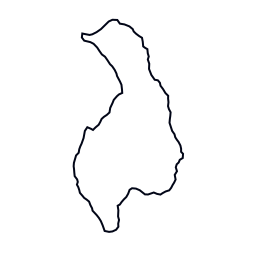 Santa Rita d'Oeste, São Paulo, Brazil (Albers equal-area conic projection), rotated 8°
{"feature_id": "56859067B69160631220065", "entity_name": "Santa Rita d'Oeste", "entity_type": "district", "adm_level": 2, "iso_a3": "BRA", "parent_name": "Brazil", "parent_adm1": "São Paulo", "projection": "albers", "projection_center": [-50.816, -20.093], "detail": "fine", "context": "isolated", "style": "outline", "palette": "ink", "viewbox_px": 256, "rotation_deg": 8, "n_neighbors": 0, "source": "geoboundaries", "source_scale": "gbopen_adm2", "svg_char_len": 1919}
<svg xmlns="http://www.w3.org/2000/svg" viewBox="0 0 256 256"><g transform="rotate(8 128 128)"><path d="M69.6,40.8L69.7,44.8L72.5,47.6L78.8,48.2L82.2,49.4L86.3,52.6L88.9,55.6L91.9,58.8L95.3,60.6L98.2,63.7L101.3,67.3L103.8,69.1L106.8,72.4L109.0,75.7L109.9,78.0L113.6,83.1L115.5,86.1L116.7,90.7L117.4,94.1L114.4,96.0L112.6,98.1L110.0,102.1L109.2,105.4L107.6,110.6L107.5,115.2L105.2,118.0L102.6,120.3L100.6,122.7L99.7,125.8L98.5,128.9L95.7,132.0L93.6,134.8L91.3,133.9L87.6,132.9L85.7,136.9L85.4,144.2L84.2,150.0L83.3,152.9L82.7,155.8L82.6,159.4L80.4,162.4L79.3,170.0L79.5,173.4L80.3,176.3L81.0,179.5L81.9,183.1L84.8,186.0L85.8,188.4L85.3,191.2L87.0,193.5L88.4,196.3L89.4,198.9L92.5,201.6L94.3,203.3L97.1,204.7L99.7,206.3L101.5,209.6L103.6,212.5L104.4,214.8L109.1,218.6L111.7,221.1L114.1,224.0L116.5,228.0L119.2,233.2L123.7,233.5L127.0,232.6L130.4,230.4L132.2,227.1L131.6,224.1L131.9,220.3L130.5,217.0L129.9,210.8L128.6,206.4L130.6,204.9L131.9,202.3L133.8,199.3L135.9,196.6L137.3,193.1L138.2,189.0L140.4,187.1L144.3,186.9L148.3,188.0L154.1,191.4L157.2,191.0L162.5,188.3L165.9,189.2L169.4,189.4L171.3,187.7L174.1,185.6L177.5,184.0L179.1,181.2L180.1,178.3L181.3,175.6L182.3,172.4L180.8,167.9L182.5,164.0L180.8,160.3L181.3,157.2L183.0,155.1L183.7,152.3L186.4,150.1L186.1,145.9L183.9,144.2L183.5,141.2L182.3,138.0L180.0,134.8L178.0,132.8L176.1,130.6L174.9,127.7L172.1,124.7L170.4,121.2L168.4,117.1L168.2,113.2L168.2,110.2L168.0,106.5L165.9,103.6L164.6,100.8L164.5,96.9L163.6,93.2L163.3,90.5L160.2,88.2L157.2,84.5L154.3,81.6L153.3,78.8L150.9,76.6L147.7,76.5L145.8,74.4L143.8,72.3L140.6,66.6L140.1,61.4L138.1,57.4L138.6,54.3L137.2,51.3L136.2,47.2L133.9,46.3L131.7,45.1L130.6,40.5L129.3,36.7L126.2,35.4L122.8,33.5L120.2,31.6L118.9,29.4L115.3,27.2L112.5,26.5L110.0,25.9L105.4,25.8L102.4,22.5L97.5,23.0L94.1,25.2L87.5,33.8L83.5,37.5L79.6,40.2L77.0,41.2L72.8,41.0L69.6,40.8Z" fill="none" stroke="#020617" stroke-width="2"/></g></svg>